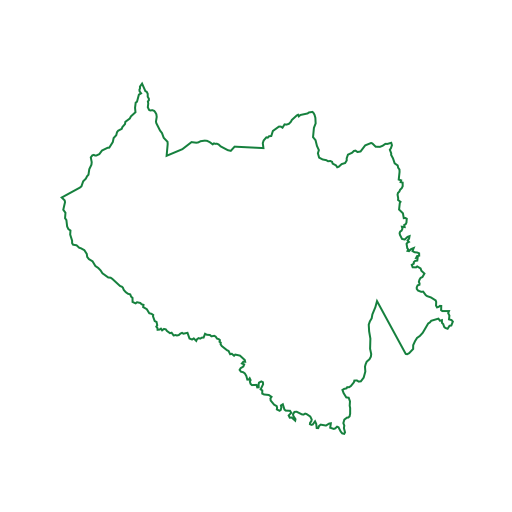 Paraúna, Goiás, Brazil, rotated 348°
{"feature_id": "56859067B65440720540054", "entity_name": "Paraúna", "entity_type": "district", "adm_level": 2, "iso_a3": "BRA", "parent_name": "Brazil", "parent_adm1": "Goiás", "projection": "natural_earth1", "projection_center": [-50.607, -17.053], "detail": "fine", "context": "isolated", "style": "outline", "palette": "green", "viewbox_px": 512, "rotation_deg": 348, "n_neighbors": 0, "source": "geoboundaries", "source_scale": "gbopen_adm2", "svg_char_len": 6097}
<svg xmlns="http://www.w3.org/2000/svg" viewBox="0 0 512 512"><g transform="rotate(348 256 256)"><path d="M428.3,367.0L430.8,364.5L432.6,364.6L434.9,361.1L433.9,359.3L431.6,358.1L432.8,354.5L432.1,351.8L433.3,350.0L426.8,348.6L425.8,347.5L426.8,343.4L425.5,343.0L424.2,343.7L422.4,343.9L421.8,341.9L422.7,338.4L422.5,336.8L418.5,332.9L415.0,330.8L413.9,329.6L412.1,325.6L410.2,325.4L407.3,323.5L406.4,321.6L406.7,320.1L408.0,318.3L409.9,318.1L410.3,316.7L409.9,315.2L411.1,313.0L412.5,311.6L414.4,311.2L417.1,308.2L414.7,304.8L414.4,302.4L411.5,299.7L410.2,300.4L406.9,299.6L406.5,297.1L408.7,296.3L409.1,294.8L410.6,293.9L412.8,294.0L413.8,291.2L412.3,291.1L413.5,289.6L415.7,289.6L416.1,287.3L414.4,286.1L411.9,285.3L410.1,283.7L411.9,281.0L409.1,281.5L406.7,283.1L405.3,282.5L406.3,281.3L405.6,279.8L405.8,275.4L406.8,274.5L408.5,274.0L407.5,272.4L409.3,270.9L410.3,268.5L408.2,268.8L404.9,270.8L402.4,269.7L401.2,265.3L401.2,263.5L402.1,262.1L403.6,261.5L404.9,259.8L404.8,257.7L407.4,258.6L407.4,256.5L409.1,255.9L410.1,254.6L411.2,250.9L409.9,249.8L408.4,249.7L408.6,244.8L405.6,240.3L407.7,234.0L408.6,233.1L406.6,230.7L407.1,229.1L407.2,225.5L408.0,223.8L409.6,222.8L410.7,221.2L412.7,219.9L414.0,218.2L414.7,214.7L412.8,213.8L413.7,212.2L411.5,210.9L413.9,203.6L414.3,201.2L413.4,199.2L413.4,196.9L410.9,194.2L410.3,189.0L409.2,185.2L409.6,183.7L409.0,179.9L410.3,178.7L412.0,175.9L411.8,173.4L407.8,173.7L405.9,173.2L402.8,174.5L399.9,175.0L395.8,174.0L393.2,170.1L392.1,169.4L385.8,170.5L380.0,175.5L376.9,175.4L375.2,173.6L373.6,173.6L371.4,175.0L367.0,176.0L365.0,179.3L364.6,181.4L362.5,183.6L358.9,183.9L355.5,185.9L353.9,186.1L353.1,184.0L350.2,181.6L350.0,179.7L348.4,178.5L346.2,178.3L344.7,176.9L341.2,175.4L338.2,172.9L337.9,168.4L339.5,165.5L338.5,161.0L338.3,155.1L336.5,151.6L339.3,142.7L341.9,138.7L342.8,133.2L342.6,130.1L342.1,128.3L341.2,126.8L337.6,126.6L336.1,127.3L328.7,127.3L326.9,128.3L326.5,126.6L325.1,127.0L319.3,130.4L318.1,131.9L315.6,133.6L313.0,133.8L311.3,133.2L308.6,136.0L307.2,134.6L305.3,134.2L298.5,137.2L295.9,141.8L293.6,141.6L292.1,142.7L290.8,142.1L287.5,144.6L286.1,147.0L285.7,152.0L257.8,144.6L253.2,147.9L250.4,146.6L244.2,141.4L242.6,139.1L241.0,138.0L239.4,137.8L238.3,137.1L236.9,137.8L234.4,135.0L232.1,133.2L229.9,132.5L225.7,132.2L223.1,132.9L221.2,132.8L216.6,131.2L206.2,136.2L189.4,139.4L192.9,128.1L193.2,125.9L190.3,121.2L189.6,116.2L188.2,113.3L186.1,105.3L186.1,103.7L187.8,99.3L188.0,96.6L187.3,94.3L186.6,92.9L184.9,91.8L182.9,91.7L181.8,90.9L181.1,88.0L182.3,84.5L182.4,82.3L183.5,81.5L183.9,79.9L183.2,77.7L183.8,74.8L183.2,72.6L182.1,71.8L180.4,63.7L177.7,66.2L177.4,67.9L176.5,69.2L176.4,70.8L177.4,73.0L175.0,73.8L171.7,80.3L170.2,81.0L168.5,85.9L168.0,90.3L162.7,93.4L161.1,95.3L156.1,97.6L155.3,99.7L152.1,102.1L151.1,103.7L147.2,104.8L145.8,106.0L144.4,108.8L141.3,111.0L139.6,114.8L135.0,119.5L133.3,119.3L127.3,120.8L123.9,123.8L120.7,124.5L119.5,124.3L118.4,123.4L116.9,123.5L114.9,125.2L114.8,130.1L114.0,132.5L111.0,136.4L109.0,141.7L107.4,142.8L105.6,145.0L102.5,147.0L99.7,151.6L97.9,152.5L78.1,158.4L80.4,161.8L80.4,163.6L77.1,170.7L78.6,174.1L77.1,179.3L78.0,181.5L77.4,187.9L78.1,190.7L79.8,192.5L78.7,196.4L79.3,202.8L78.8,205.2L79.4,206.9L82.7,208.2L84.8,211.2L86.3,212.0L89.3,214.6L90.9,218.8L90.7,221.8L91.9,224.3L95.0,227.2L96.8,232.4L99.2,234.9L101.0,237.8L102.2,241.0L107.0,246.3L109.3,247.0L110.7,248.5L116.8,257.1L118.5,258.2L119.2,259.3L119.6,261.7L121.1,264.3L122.9,266.3L125.0,267.4L125.4,269.8L126.5,271.3L125.7,275.3L128.4,277.3L130.0,276.5L133.1,277.9L134.0,279.4L135.8,280.4L135.0,282.5L138.1,285.3L139.7,289.8L141.7,290.8L143.2,292.3L142.7,293.6L143.4,298.6L145.0,299.8L145.0,303.2L143.8,304.4L144.6,305.9L144.4,307.7L146.4,307.9L147.9,307.3L148.7,309.2L150.8,308.2L152.5,309.0L153.3,310.8L155.8,313.6L157.5,313.5L158.9,316.6L160.9,316.6L162.1,317.3L164.0,317.3L165.9,316.2L167.7,315.8L168.8,316.9L173.0,316.9L173.8,322.9L176.1,324.4L178.0,323.7L179.9,326.6L180.8,325.3L182.7,324.4L184.3,325.2L186.1,324.6L187.8,324.9L190.0,321.5L191.5,322.8L194.5,323.7L195.7,325.3L198.6,325.4L199.8,326.5L200.7,328.7L202.3,329.6L203.2,330.8L202.5,332.3L203.5,333.4L203.0,334.9L203.8,337.0L208.2,342.3L209.4,343.1L210.3,346.7L212.0,346.6L213.8,349.0L215.2,348.1L219.6,350.1L223.4,355.4L223.4,357.2L221.6,356.8L219.9,358.2L221.9,359.6L220.6,361.5L217.7,362.5L216.3,364.0L217.2,366.0L219.4,367.1L220.7,368.6L221.6,371.4L221.8,375.1L223.2,375.4L224.4,374.3L224.9,376.3L223.9,377.7L224.1,379.9L225.1,381.4L229.7,382.2L229.9,384.8L231.3,385.0L231.9,382.0L232.6,380.5L235.1,379.8L236.5,380.9L236.3,382.9L232.8,387.4L234.2,388.8L233.5,391.9L235.0,393.1L239.6,394.6L241.9,397.0L240.5,398.3L240.3,400.4L242.8,405.2L245.0,407.1L245.1,408.8L244.5,410.4L246.9,412.3L248.2,411.7L249.3,409.4L249.3,407.4L251.4,406.6L251.9,412.1L252.9,413.4L257.1,414.5L257.9,416.7L254.8,418.8L255.4,421.2L257.3,421.4L260.1,425.2L260.7,423.8L259.3,420.2L259.3,418.5L261.2,416.5L263.4,416.8L268.0,420.5L269.6,421.0L271.3,420.4L272.6,421.1L275.7,424.3L276.5,427.5L275.7,429.2L274.3,430.3L273.8,431.7L275.1,432.7L276.5,432.6L279.4,430.0L280.0,432.7L279.6,436.9L281.1,437.3L282.3,435.4L284.2,434.4L289.2,436.4L292.7,435.1L294.4,435.2L292.9,439.4L296.1,441.3L297.7,441.1L299.8,439.8L301.1,440.7L302.3,445.2L303.4,447.4L305.3,448.3L306.4,447.0L306.2,442.6L307.1,440.3L306.7,437.6L308.4,434.4L311.4,433.0L312.7,433.2L314.2,432.3L315.3,429.8L316.5,424.2L316.5,422.0L317.7,417.7L317.2,413.9L314.9,413.1L313.2,408.4L312.7,405.0L314.6,404.3L317.0,404.3L317.9,403.3L319.8,403.7L321.8,402.9L325.5,399.9L326.3,398.3L328.8,398.7L330.3,400.2L332.5,400.4L336.0,397.4L338.9,391.8L339.6,386.9L340.7,384.7L342.3,382.4L345.5,380.6L347.4,378.4L348.3,375.9L348.3,370.5L350.7,360.6L351.0,353.2L352.0,346.6L353.8,343.6L356.2,341.0L357.7,337.3L362.1,330.9L365.0,325.3L382.1,382.9L383.4,383.5L385.6,382.9L390.4,379.6L391.2,375.9L393.9,372.3L396.5,369.6L399.6,368.3L403.1,365.8L410.4,357.8L412.3,357.1L413.9,355.8L421.4,355.2L422.5,357.6L424.5,357.4L424.0,360.0L425.0,361.6L425.3,364.4L426.3,365.8L428.3,367.0Z" fill="none" stroke="#15803d" stroke-width="2"/></g></svg>